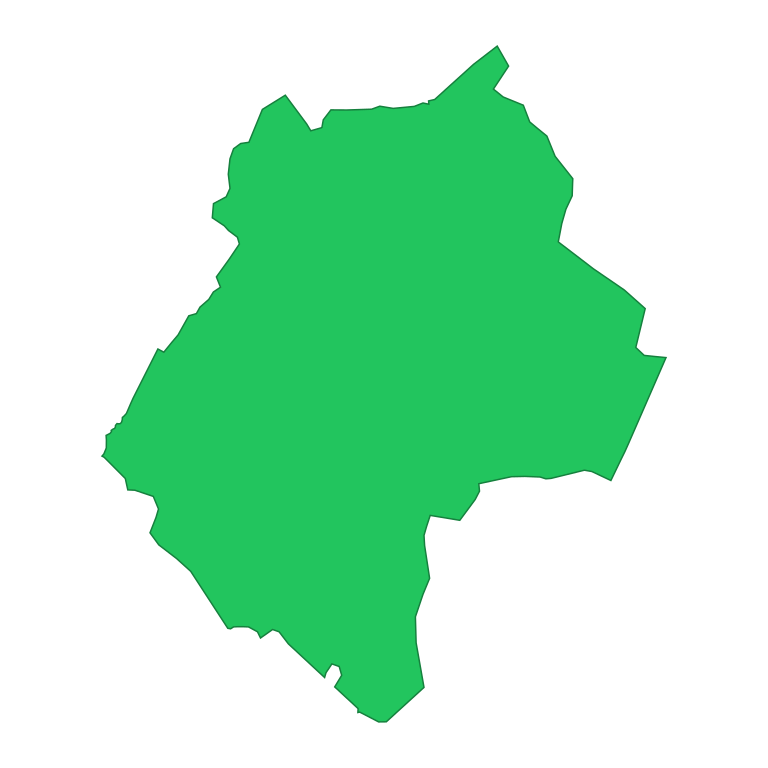 Dukku, Gombe, Nigeria (Natural Earth projection)
{"feature_id": "59680162B57621312639176", "entity_name": "Dukku", "entity_type": "district", "adm_level": 2, "iso_a3": "NGA", "parent_name": "Nigeria", "parent_adm1": "Gombe", "projection": "natural_earth1", "projection_center": [10.811, 10.771], "detail": "fine", "context": "isolated", "style": "filled", "palette": "green", "viewbox_px": 768, "rotation_deg": 0, "n_neighbors": 0, "source": "geoboundaries", "source_scale": "gbopen_adm2", "svg_char_len": 1971}
<svg xmlns="http://www.w3.org/2000/svg" viewBox="0 0 768 768"><path d="M102.0,456.1L104.2,457.3L125.3,478.5L127.8,489.9L134.8,490.2L153.3,496.4L158.5,509.0L156.0,517.5L150.0,532.8L158.8,544.9L176.4,558.4L190.7,571.3L227.8,628.3L230.6,628.8L233.6,626.9L237.6,626.7L242.8,626.7L248.5,626.9L257.5,631.8L260.5,638.0L272.6,629.5L279.1,631.8L288.4,643.9L324.6,677.5L326.0,672.7L331.9,663.9L339.2,666.5L341.7,675.3L334.7,686.9L358.1,708.6L357.9,712.5L359.7,712.1L378.6,721.9L386.3,721.8L424.0,687.4L416.1,642.7L415.4,616.8L423.0,594.3L429.6,578.3L424.6,545.5L424.0,535.4L426.5,526.7L430.2,515.4L459.8,520.3L475.2,499.5L479.5,491.2L478.8,483.7L511.4,476.7L524.9,476.4L540.1,477.0L545.8,478.8L551.0,478.4L584.4,470.2L591.8,471.5L610.9,480.5L621.3,458.9L624.9,451.6L628.4,443.8L640.2,416.8L666.0,357.6L659.9,357.0L654.7,356.5L644.2,355.4L635.8,347.5L635.8,347.4L645.2,308.6L624.3,290.0L601.7,274.5L593.1,268.6L587.8,264.5L558.5,242.1L558.3,241.8L561.8,223.5L565.9,209.2L572.2,195.8L572.6,183.3L572.8,178.7L555.1,156.3L546.9,136.1L537.6,128.5L529.7,121.9L523.3,105.2L503.2,97.0L493.4,89.1L508.6,66.1L497.2,46.1L488.0,53.2L473.6,64.3L450.8,84.9L434.7,99.5L428.6,100.9L428.8,104.2L423.0,103.0L414.3,106.4L393.2,108.4L379.8,106.2L371.6,109.2L346.9,110.0L330.9,109.9L323.3,119.8L321.9,127.5L321.6,127.7L310.8,130.8L306.7,124.0L285.3,95.2L262.4,109.4L248.9,142.3L240.7,143.5L233.6,148.7L230.0,158.8L228.3,174.2L230.0,188.4L226.2,196.8L213.5,203.6L212.3,217.8L224.3,225.8L228.5,230.5L237.4,237.2L239.4,244.0L229.1,259.3L216.4,276.9L220.5,287.2L213.4,292.0L208.8,299.4L200.0,307.1L196.4,313.6L188.8,315.8L178.1,334.9L171.6,342.6L163.8,352.2L157.9,349.0L133.2,398.0L130.8,403.3L126.4,413.5L123.6,416.5L122.4,417.4L122.2,420.0L121.5,422.3L120.3,423.6L118.7,423.8L117.0,423.6L115.5,425.4L115.3,427.3L114.5,428.5L113.0,429.1L111.2,430.4L111.5,431.5L110.3,433.2L108.3,434.3L106.1,435.4L106.4,439.9L106.3,448.0L103.9,453.9L102.0,456.1Z" fill="#22c55e" stroke="#15803d" stroke-width="1.5"/></svg>